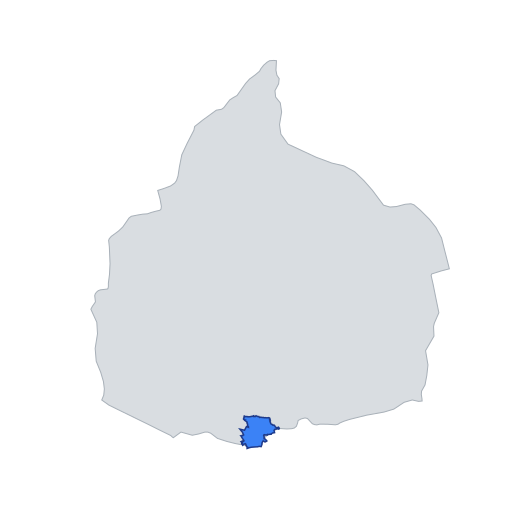 Chimanimani, Manicaland, Zimbabwe (highlighted), rotated 76°
{"feature_id": "62879985B88663690016764", "entity_name": "Chimanimani", "entity_type": "district", "adm_level": 2, "iso_a3": "ZWE", "parent_name": "Zimbabwe", "parent_adm1": "Manicaland", "projection": "robinson", "projection_center": [32.597, -19.741], "detail": "fine", "context": "in_parent", "style": "filled", "palette": "blue", "viewbox_px": 512, "rotation_deg": 76, "n_neighbors": 0, "source": "geoboundaries", "source_scale": "gbopen_adm2", "svg_char_len": 6401}
<svg xmlns="http://www.w3.org/2000/svg" viewBox="0 0 512 512"><g transform="rotate(76 256 256)"><path d="M358.4,440.5L354.2,437.4L348.3,435.3L340.9,434.4L331.3,434.8L319.4,436.5L306.7,434.4L293.1,428.6L281.8,426.5L268.3,429.0L267.7,429.1L265.4,427.1L261.7,422.9L255.5,422.1L253.8,421.1L252.5,419.5L251.5,417.5L251.2,415.2L252.1,408.2L251.6,407.4L249.9,406.6L246.6,405.8L238.4,402.6L228.2,399.5L211.7,396.1L205.2,395.2L203.7,394.2L201.9,391.6L198.6,383.5L195.6,378.2L188.4,370.0L187.3,367.4L187.6,360.9L188.0,355.7L188.8,351.2L188.4,347.0L188.3,341.8L188.4,338.3L187.5,336.8L184.9,335.8L177.5,335.3L168.6,335.5L168.3,330.2L167.4,322.0L165.6,317.3L163.6,314.9L159.5,312.3L151.1,308.8L139.8,303.5L130.1,295.6L118.9,285.8L115.5,284.2L111.3,275.0L104.9,259.2L105.3,254.0L104.3,251.4L98.2,243.7L96.8,239.7L95.7,235.6L86.0,224.3L82.7,219.4L80.1,213.0L77.6,207.9L75.4,205.9L72.7,202.4L70.7,198.5L69.8,195.6L70.5,191.6L71.4,188.9L80.6,191.7L85.6,192.0L89.5,190.6L94.4,192.4L100.2,197.6L106.5,198.5L113.3,195.4L122.5,196.3L134.2,201.4L143.8,202.4L155.2,197.9L165.3,185.4L174.9,173.5L184.2,159.9L189.8,148.9L198.1,139.9L209.1,133.0L220.3,127.2L237.5,120.0L240.9,114.2L242.0,107.7L241.9,98.8L242.8,93.0L244.6,90.3L247.4,88.3L251.1,85.6L262.4,78.8L271.9,74.5L283.4,71.6L296.1,71.6L308.3,71.5L315.2,71.5L315.3,80.1L315.9,89.8L317.3,90.8L326.4,91.0L341.1,91.7L355.3,92.3L364.4,99.3L367.4,100.8L376.8,102.7L388.9,114.4L403.3,115.5L413.3,119.2L422.0,123.2L427.1,128.0L430.3,129.1L434.7,129.5L436.9,129.9L436.4,133.4L433.5,139.2L433.8,147.7L437.9,159.3L438.4,169.5L437.2,187.4L437.2,204.7L437.6,210.9L438.3,215.0L439.1,217.2L439.0,219.8L436.6,227.1L434.6,234.7L434.6,237.8L433.8,239.9L432.4,241.9L426.1,245.4L425.0,247.6L425.0,251.5L425.8,254.9L428.2,256.1L431.0,258.0L432.2,260.5L432.2,263.1L431.3,267.9L428.7,276.0L431.2,285.2L434.1,291.2L438.0,298.2L439.6,302.5L439.5,305.5L438.9,308.5L433.1,321.2L428.9,329.1L423.7,337.5L417.0,342.8L415.2,345.4L414.5,348.3L414.8,354.6L414.5,361.2L408.7,371.4L412.3,380.2L411.4,381.0L409.5,382.2L401.2,392.1L392.7,402.0L386.6,409.3L379.6,417.6L371.8,426.9L365.1,434.8L358.4,440.5Z" fill="#d9dde1" stroke="#a8b0b8" stroke-width="1"/><path d="M408.4,306.1L408.5,306.3L408.9,306.1L409.1,306.1L409.3,306.2L409.5,306.3L409.6,306.5L409.9,306.8L410.1,306.8L410.2,307.0L410.3,307.2L410.5,307.3L410.8,307.4L411.0,307.3L411.3,307.5L411.4,307.4L411.5,307.4L411.6,307.2L411.8,307.2L412.0,306.9L412.0,307.0L412.2,306.9L412.3,306.9L412.7,306.8L412.8,306.7L413.0,306.5L413.6,306.0L413.7,305.8L413.9,305.7L414.1,305.5L414.3,305.3L414.9,304.9L415.2,305.0L415.3,304.9L415.6,304.9L415.7,305.0L415.8,305.1L416.0,305.1L416.5,305.1L416.9,304.9L417.0,304.8L417.4,304.8L417.5,304.9L417.6,305.0L418.0,305.2L418.4,305.2L418.6,305.3L418.9,305.3L419.0,305.3L419.2,305.2L419.3,305.0L419.3,304.8L419.5,304.7L419.8,304.6L420.1,304.8L420.4,304.8L419.6,306.0L419.3,306.6L420.2,307.4L420.5,307.7L422.3,309.3L421.4,311.0L420.4,312.9L420.1,313.5L421.9,312.7L423.7,311.8L425.1,311.6L425.6,311.5L426.5,311.3L426.5,311.5L426.7,311.9L426.9,312.0L427.0,312.2L426.9,312.4L427.0,312.4L427.0,312.5L427.0,313.3L426.8,314.2L427.3,314.0L429.4,313.4L432.1,312.4L432.4,312.4L432.5,312.4L432.6,312.5L432.8,312.9L432.8,313.0L432.8,313.3L432.6,313.4L432.6,313.5L432.4,313.5L432.2,313.8L432.5,315.4L433.1,315.0L433.7,314.4L434.2,314.3L434.2,315.2L435.0,315.3L435.6,314.7L436.4,314.7L435.4,312.1L435.5,311.7L435.8,311.5L436.0,311.5L436.3,311.5L436.6,311.5L436.8,311.5L437.0,311.3L437.2,311.2L437.4,311.4L437.5,311.5L437.8,311.4L438.1,311.4L438.3,311.3L438.4,311.2L438.5,311.1L438.6,310.9L438.8,310.8L439.0,310.8L439.4,310.8L439.5,310.9L439.9,311.1L440.1,311.1L440.3,311.1L440.6,311.2L440.6,310.9L440.6,310.7L440.5,310.3L440.5,310.2L440.4,310.0L440.5,310.0L440.5,309.9L440.4,309.2L440.4,308.8L440.4,306.9L440.8,304.5L441.2,302.2L441.5,300.8L441.5,298.9L442.2,297.1L439.9,295.6L439.6,295.7L439.4,295.5L438.5,295.2L438.0,294.6L437.7,294.5L437.4,294.0L437.2,293.9L437.2,293.6L438.6,292.3L438.6,291.9L438.5,291.5L438.1,290.2L437.2,290.5L436.2,291.5L435.6,291.6L435.2,291.6L435.0,291.8L434.9,291.9L434.9,292.0L434.8,291.9L434.7,291.8L434.3,292.0L433.8,292.1L433.4,291.8L432.7,291.9L432.3,292.1L431.7,291.8L431.3,291.3L431.3,291.2L431.7,290.5L432.0,290.4L431.9,289.4L432.3,289.1L432.5,288.4L432.2,288.2L431.9,287.8L432.2,287.5L432.2,287.0L432.3,286.7L432.3,286.1L432.6,284.4L432.2,284.3L432.1,283.6L431.7,282.7L431.8,282.0L431.8,281.9L431.9,281.5L431.9,280.7L429.5,280.7L428.7,279.7L428.8,278.3L428.8,277.7L428.7,277.1L429.0,276.6L429.3,276.2L429.2,276.1L429.3,276.1L429.4,275.9L429.2,275.7L429.2,275.2L428.7,275.1L427.5,275.6L427.5,275.9L427.6,276.0L427.7,276.6L427.7,277.1L427.7,277.3L427.5,277.7L426.4,278.6L424.9,279.0L424.6,279.2L424.5,279.3L424.5,279.5L424.4,279.7L424.3,279.8L424.3,280.0L424.2,280.1L424.2,280.3L424.3,280.4L424.2,280.5L424.0,280.8L423.7,281.0L423.4,281.0L423.3,281.3L423.2,281.4L423.1,281.5L422.9,281.8L422.7,282.0L422.4,282.1L422.2,282.2L421.7,282.3L421.4,282.3L421.0,282.2L420.8,282.2L420.6,282.3L420.4,282.5L419.8,282.4L419.8,282.5L419.7,282.5L419.7,282.4L419.5,282.2L419.4,282.0L419.2,282.1L418.8,282.1L418.6,282.0L418.4,282.2L418.3,282.3L418.2,282.4L418.0,282.2L417.9,281.9L417.3,282.0L417.2,281.9L417.0,282.0L416.8,282.0L416.8,282.3L416.7,282.3L416.2,282.4L416.2,282.5L415.9,282.8L415.9,283.0L415.8,283.9L415.6,284.8L415.5,285.1L415.4,285.4L415.4,285.5L415.2,285.8L415.1,286.0L415.1,286.6L414.9,287.0L414.8,287.5L414.5,287.8L414.4,287.9L414.4,288.0L414.3,288.8L414.1,289.1L414.0,289.3L413.9,289.5L413.9,289.9L413.9,290.0L413.7,290.1L413.6,290.4L413.5,290.8L413.4,290.9L413.4,291.0L413.5,291.1L413.6,291.4L413.5,291.5L413.4,291.7L412.9,291.9L412.7,292.0L412.4,292.1L412.4,292.3L412.4,292.6L412.3,292.9L412.3,293.0L412.2,293.1L412.0,293.3L411.7,293.8L411.6,294.0L411.4,294.1L411.3,294.3L411.3,294.6L411.3,294.9L411.3,295.0L411.2,295.0L411.3,295.2L411.3,295.3L411.6,295.6L411.5,295.8L411.5,296.0L411.4,296.1L411.4,296.3L411.3,296.5L411.2,296.9L410.9,296.8L410.5,296.9L410.4,296.9L410.4,297.2L410.5,297.4L410.6,297.5L410.7,297.8L410.6,298.0L410.7,298.5L410.6,298.8L410.5,299.0L410.6,299.4L410.5,299.6L410.5,300.1L410.5,300.5L410.5,300.8L410.4,301.4L410.3,301.6L410.3,301.9L410.2,302.0L410.2,302.3L410.1,302.6L409.8,303.4L409.6,303.5L409.6,303.8L409.5,304.1L409.4,304.2L409.4,304.5L409.2,304.9L409.3,305.1L409.3,305.3L409.2,305.5L408.7,305.8L408.4,306.1Z" fill="#3b82f6" stroke="#1e3a8a" stroke-width="1.5"/></g></svg>